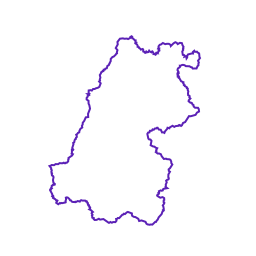 Mae Chaem, Chiang Mai, Thailand, rotated 199°
{"feature_id": "78962969B34643742441867", "entity_name": "Mae Chaem", "entity_type": "district", "adm_level": 2, "iso_a3": "THA", "parent_name": "Thailand", "parent_adm1": "Chiang Mai", "projection": "orthographic", "projection_center": [98.301, 18.574], "detail": "fine", "context": "isolated", "style": "outline", "palette": "violet", "viewbox_px": 256, "rotation_deg": 199, "n_neighbors": 0, "source": "geoboundaries", "source_scale": "gbopen_adm2", "svg_char_len": 5775}
<svg xmlns="http://www.w3.org/2000/svg" viewBox="0 0 256 256"><g transform="rotate(199 128 128)"><path d="M171.4,124.3L171.7,120.5L172.5,118.2L172.0,116.6L172.3,115.0L171.4,113.6L172.7,111.8L173.0,109.6L172.7,108.0L173.7,107.1L174.0,105.9L174.8,104.8L173.8,103.8L173.5,102.7L174.0,101.9L173.8,100.5L174.3,100.2L174.5,99.0L174.2,97.1L175.0,96.0L174.3,95.1L174.2,90.8L172.7,89.7L172.9,89.1L173.9,88.9L173.0,86.5L173.0,85.4L171.6,85.3L171.9,83.8L174.5,80.3L174.0,79.4L174.3,78.9L173.7,77.0L174.4,75.4L175.4,75.0L175.6,74.4L176.8,74.0L177.4,74.3L178.7,73.2L181.3,72.5L182.2,71.1L184.7,70.3L185.8,68.8L188.2,68.1L188.6,67.4L189.8,66.5L187.5,65.0L187.2,63.9L186.3,63.3L186.2,61.5L185.6,61.1L185.5,60.3L184.9,60.0L184.9,59.1L184.4,58.4L183.1,58.1L182.4,57.3L182.0,54.4L180.7,52.0L178.9,51.2L178.9,50.5L180.5,49.8L180.5,49.3L181.3,48.6L180.9,47.0L181.1,46.5L180.5,46.1L180.9,45.8L180.9,44.9L181.2,45.1L181.6,44.6L181.5,43.9L178.2,40.9L177.9,40.1L176.9,39.6L177.3,38.7L176.3,38.5L176.2,38.0L175.9,38.3L175.0,37.2L173.5,37.0L172.3,36.1L171.7,36.5L171.1,36.4L171.5,33.9L169.1,33.2L168.0,34.9L167.4,34.7L166.7,35.4L165.8,35.5L162.8,37.3L162.7,37.7L163.3,38.6L163.3,40.4L164.1,41.9L163.3,42.5L162.3,42.6L160.3,41.8L159.3,40.8L158.4,41.0L157.2,40.1L156.1,40.1L154.3,40.6L153.9,41.1L153.3,40.9L151.7,42.6L149.6,42.7L149.4,43.7L148.8,44.5L147.6,44.5L144.9,45.4L144.1,45.0L144.0,45.3L143.0,45.2L142.9,44.7L141.6,44.1L141.3,43.5L141.5,43.3L140.4,42.0L139.7,42.2L139.5,41.5L138.7,41.2L138.6,40.5L137.8,40.3L137.6,39.3L138.1,38.5L136.4,38.3L133.9,37.2L134.6,36.4L134.6,35.4L133.3,34.4L133.6,33.5L133.1,33.1L132.9,32.1L132.4,31.5L131.0,31.7L130.7,30.6L129.5,30.2L127.8,30.9L126.0,32.7L124.6,32.3L121.6,33.9L115.3,32.1L114.7,32.4L114.1,33.4L112.4,33.2L111.5,34.2L109.3,34.9L108.7,36.6L109.6,38.1L108.8,38.5L108.3,39.6L107.0,39.9L105.1,44.2L104.2,44.7L104.0,45.6L102.8,45.7L101.7,47.8L100.8,48.6L96.5,48.5L96.2,47.4L95.4,46.3L93.6,45.9L92.0,46.2L88.7,45.5L87.2,43.7L85.1,45.0L80.9,45.0L79.4,43.5L78.2,43.2L75.9,43.6L75.1,44.2L73.5,44.6L71.7,48.1L70.9,48.4L70.7,49.9L70.1,51.0L69.9,53.5L68.2,57.5L68.2,60.2L67.4,61.5L68.2,61.9L67.7,62.9L69.1,65.4L69.9,66.1L69.2,68.4L69.4,69.3L70.1,69.4L70.4,70.1L70.7,71.2L70.3,71.8L71.0,73.5L72.8,73.9L74.8,72.6L78.1,73.3L78.5,73.7L78.4,74.6L77.6,75.4L77.4,76.1L78.1,76.6L77.6,77.3L78.2,78.3L76.7,79.7L75.8,79.6L74.8,80.3L74.9,81.5L74.6,82.0L71.3,83.9L73.4,84.6L73.3,85.5L73.9,86.8L73.7,89.2L74.8,90.6L74.1,91.8L73.2,92.4L72.9,93.1L73.1,93.9L73.9,94.6L74.7,97.3L74.1,100.3L75.4,100.7L76.1,102.1L75.2,103.7L74.2,107.9L75.6,108.9L76.3,110.5L77.5,111.7L78.5,111.9L81.2,111.2L82.0,111.4L84.0,110.4L87.0,112.3L88.4,113.9L90.2,114.0L91.6,113.5L93.9,114.3L93.5,115.5L94.2,116.1L93.8,118.4L95.4,118.4L96.9,119.0L98.3,118.7L101.0,119.1L101.6,123.5L103.0,124.4L104.3,124.1L105.3,124.6L107.8,128.7L107.5,130.2L106.3,130.8L106.4,132.5L104.7,133.1L104.3,134.7L103.1,134.7L102.4,136.3L101.2,136.7L100.7,137.7L100.1,137.9L98.4,136.6L96.4,137.0L94.4,134.9L93.3,135.4L92.0,135.2L91.9,136.9L90.7,139.9L90.7,141.1L88.8,141.2L88.8,142.0L86.6,144.6L84.6,144.1L83.6,145.3L80.8,146.6L80.9,147.2L80.1,147.7L78.5,147.2L77.9,148.1L77.6,150.7L75.9,152.2L74.2,159.1L72.6,159.5L68.4,162.4L67.8,165.0L66.2,166.7L67.3,169.0L68.4,169.9L71.2,169.0L72.9,169.7L73.6,171.1L74.7,171.2L75.5,172.3L76.6,172.5L77.2,172.2L79.4,173.0L79.6,174.0L78.6,176.2L79.9,176.8L79.9,177.7L80.3,178.4L81.8,178.6L82.6,180.4L82.9,182.3L83.9,183.3L84.3,184.7L85.3,184.8L85.5,185.6L86.0,185.8L87.9,186.1L88.3,186.9L89.2,186.8L89.6,187.8L90.6,188.5L90.5,189.3L93.0,189.5L95.6,191.8L96.4,191.9L96.7,192.5L96.4,193.0L97.0,193.5L97.2,192.8L97.7,192.7L98.6,194.9L98.2,195.6L98.8,195.6L98.4,196.9L98.9,196.9L98.8,197.8L100.1,198.9L100.2,200.5L98.8,202.4L99.1,203.3L98.8,203.2L98.7,203.9L97.5,205.1L96.6,205.6L94.9,205.8L93.5,205.3L89.9,206.4L88.5,206.0L87.4,206.2L86.2,205.3L82.6,206.6L82.4,209.1L81.8,210.2L82.4,211.8L82.3,212.9L83.7,214.4L82.7,217.6L83.5,218.3L84.9,221.4L85.6,221.9L86.9,222.0L87.6,222.6L89.6,221.8L90.5,222.6L91.4,221.0L90.8,219.6L91.9,219.3L95.2,217.1L95.5,215.6L95.0,213.9L95.3,212.9L96.0,214.2L96.7,214.7L97.8,213.8L97.8,214.5L98.5,215.2L100.0,215.0L101.6,218.0L101.2,219.8L101.7,220.3L101.6,221.3L102.0,221.5L101.9,222.8L103.3,223.9L104.7,225.8L106.7,225.4L108.3,223.5L109.7,224.4L111.2,224.5L112.5,222.9L114.2,219.5L114.7,220.4L116.7,220.9L118.6,220.3L120.1,219.4L122.7,219.7L124.1,217.6L125.1,217.0L125.7,215.2L125.2,213.6L125.3,213.1L124.4,213.3L124.5,212.0L123.7,211.9L123.5,211.4L124.1,210.7L124.2,209.3L125.2,208.7L124.5,208.2L125.8,207.8L125.6,206.6L125.9,206.2L127.0,206.6L128.0,206.2L128.4,207.3L129.9,208.4L130.4,208.0L130.5,207.2L132.3,207.4L133.2,208.0L133.5,206.4L134.4,205.9L135.6,206.3L135.8,204.8L136.7,204.7L137.3,205.3L138.5,205.3L139.1,207.0L139.8,207.5L141.4,206.3L142.2,207.0L143.5,207.2L143.9,207.9L145.4,207.9L145.5,208.7L146.6,209.9L148.5,210.4L148.1,211.5L148.9,211.5L149.3,213.3L150.0,213.1L152.4,214.3L153.2,214.2L153.6,214.6L153.7,215.6L154.5,215.9L155.5,214.7L155.3,213.8L156.9,212.1L158.1,212.2L160.5,211.2L162.0,211.1L164.7,209.8L166.0,205.9L164.9,203.7L165.6,199.6L163.3,198.2L163.2,196.0L162.7,195.0L163.3,194.3L163.5,193.3L164.8,190.8L165.8,190.1L166.8,187.7L166.1,185.5L166.5,183.8L166.3,183.0L166.7,182.3L166.6,181.2L167.7,180.0L167.5,177.6L168.8,176.7L168.8,175.8L169.2,175.4L170.0,175.2L169.8,173.8L170.6,173.6L170.7,172.8L171.5,172.0L171.4,170.8L171.9,168.9L170.5,166.6L170.5,164.7L169.9,163.8L170.5,162.6L168.4,161.4L168.5,157.6L169.5,156.3L171.5,154.9L172.2,154.0L173.7,153.5L174.4,151.6L175.7,151.6L177.4,150.7L176.6,148.1L175.6,147.8L175.7,147.4L177.1,146.9L175.6,146.3L176.6,145.1L176.4,144.2L176.9,143.0L176.4,141.5L174.2,140.9L173.2,138.2L172.0,137.0L170.2,133.9L170.4,128.4L169.2,125.4L171.4,124.3Z" fill="none" stroke="#5b21b6" stroke-width="2"/></g></svg>